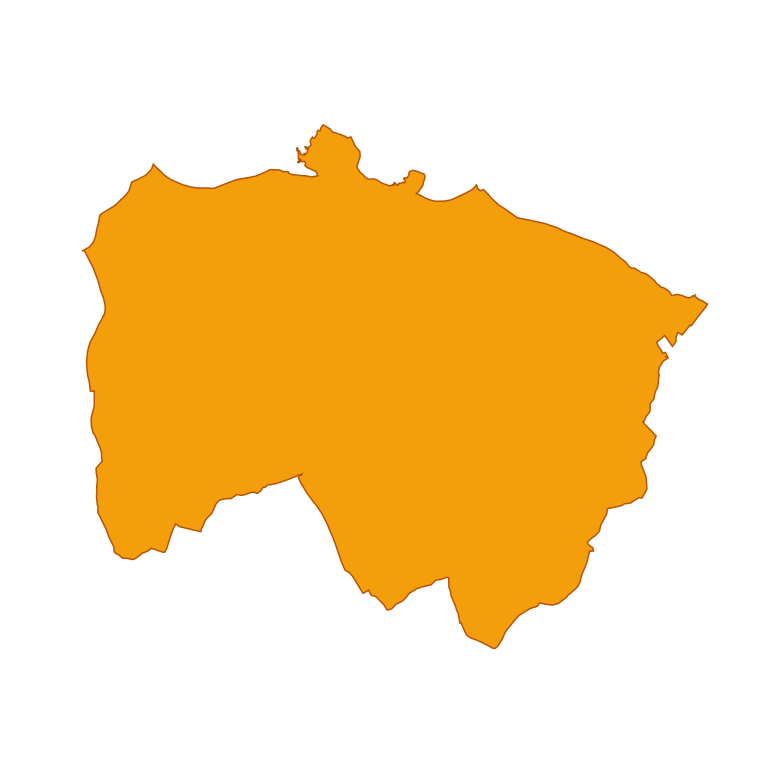 outline of Suatu, Cluj, Romania, rotated 96°
{"feature_id": "2599482B22799076285957", "entity_name": "Suatu", "entity_type": "district", "adm_level": 2, "iso_a3": "ROU", "parent_name": "Romania", "parent_adm1": "Cluj", "projection": "albers", "projection_center": [23.957, 46.756], "detail": "fine", "context": "isolated", "style": "filled", "palette": "amber", "viewbox_px": 768, "rotation_deg": 96, "n_neighbors": 0, "source": "geoboundaries", "source_scale": "gbopen_adm2", "svg_char_len": 6150}
<svg xmlns="http://www.w3.org/2000/svg" viewBox="0 0 768 768"><g transform="rotate(96 384 384)"><path d="M509.0,512.0L505.6,504.4L505.2,502.0L506.0,499.4L505.9,498.5L503.3,495.5L499.5,493.5L499.2,493.1L499.2,491.6L499.0,491.3L496.5,489.2L496.0,486.1L494.4,481.1L489.4,470.1L481.9,456.0L482.6,456.1L484.1,458.3L485.1,459.3L485.8,459.4L487.5,458.6L491.2,456.3L500.7,449.1L509.8,440.7L511.9,438.3L519.6,432.1L529.2,425.8L546.4,416.5L565.0,407.9L573.0,403.4L574.6,400.4L574.6,399.7L578.4,395.2L594.3,383.0L594.3,382.6L590.6,377.8L595.2,374.8L595.6,374.1L596.2,370.1L597.7,367.8L599.4,366.2L603.4,361.2L608.6,357.1L607.4,354.1L606.1,352.3L601.9,349.2L598.8,344.3L597.3,342.4L592.3,338.6L590.0,337.6L584.4,330.3L582.0,325.5L578.7,316.0L574.9,313.0L573.4,311.3L572.6,307.5L569.7,301.5L570.0,299.4L579.3,298.2L582.7,296.5L587.8,295.0L598.1,289.4L601.2,288.2L604.0,286.3L613.7,283.6L613.2,282.6L623.0,277.0L624.9,275.6L626.2,273.8L627.6,271.0L629.1,264.6L631.0,259.1L635.4,248.0L635.3,246.4L634.8,245.2L632.3,243.2L625.9,240.0L619.3,237.9L615.8,236.2L602.8,227.7L599.8,225.2L593.2,216.8L591.1,213.3L589.6,209.4L588.9,208.4L588.3,207.8L585.6,206.6L585.5,206.0L586.1,200.4L586.3,194.1L585.5,191.1L583.7,187.3L577.2,180.3L574.6,178.9L571.8,175.8L565.8,170.5L560.4,168.3L553.2,167.4L541.0,163.7L528.7,162.1L528.8,160.6L528.1,158.2L524.8,159.4L524.5,160.5L522.8,163.2L521.6,164.5L520.1,165.2L515.9,161.7L513.0,158.4L508.8,155.0L507.2,154.3L501.6,153.7L489.8,148.9L485.2,148.9L484.2,147.9L482.6,142.0L480.2,135.3L478.0,132.2L476.5,126.1L473.9,123.3L470.4,118.5L470.5,115.5L460.9,111.5L449.2,113.6L437.1,119.7L434.4,120.1L431.1,116.1L425.2,114.8L418.8,110.8L415.8,109.4L410.6,109.1L407.6,107.9L406.7,108.4L406.2,109.4L402.9,112.9L396.8,120.6L394.5,122.6L394.1,121.5L389.4,120.1L384.0,116.8L381.9,116.6L376.3,117.3L375.0,116.8L370.8,114.1L363.8,113.5L358.8,111.7L353.9,111.2L350.2,111.6L346.3,111.2L345.4,111.5L345.1,112.2L338.9,112.0L331.8,108.5L330.2,106.3L329.5,106.1L328.9,104.4L328.2,104.2L327.7,104.9L327.4,106.1L327.0,105.0L323.1,107.5L324.3,110.2L321.9,111.5L317.4,115.4L314.1,117.1L306.4,109.9L316.5,101.1L311.2,98.1L307.3,98.5L302.0,97.3L304.1,92.6L293.5,85.8L294.0,84.9L293.6,84.2L284.5,78.9L274.2,72.3L270.8,70.6L268.2,75.9L266.2,81.5L265.4,81.9L264.5,84.2L263.1,83.9L264.7,87.1L266.1,88.4L266.5,89.7L265.9,93.7L264.9,96.2L264.3,102.4L265.8,106.1L265.5,107.5L262.7,109.4L261.9,110.8L261.5,111.1L259.1,115.7L258.8,118.8L257.2,120.3L256.2,122.7L253.2,125.5L251.1,128.0L250.4,129.6L247.8,133.3L247.1,135.0L246.0,140.3L242.7,146.6L242.9,149.5L242.6,150.6L241.3,152.7L237.2,156.8L233.4,163.0L229.1,168.8L224.9,177.7L220.7,190.9L218.3,201.7L215.1,212.5L213.2,220.9L210.4,228.2L208.8,236.1L207.8,239.3L205.9,256.0L205.0,266.9L204.5,269.1L196.5,283.4L194.2,288.4L187.2,297.5L185.7,298.8L180.2,305.3L181.3,307.3L181.6,308.6L179.2,312.0L178.0,311.9L176.3,312.9L179.9,315.3L181.9,317.4L184.6,321.1L192.8,334.5L193.9,336.8L195.8,342.9L196.8,350.9L196.8,353.7L195.8,358.8L195.0,361.6L191.6,369.9L191.4,371.7L188.2,369.2L182.1,366.0L179.5,366.0L175.5,364.9L173.6,365.0L172.2,365.3L171.0,366.2L168.7,374.7L168.6,378.1L170.1,380.8L172.0,381.3L173.1,380.9L176.6,382.7L177.0,383.2L176.7,384.9L177.6,386.0L178.2,385.0L180.7,384.1L181.7,384.5L181.3,385.9L182.5,387.7L182.5,389.4L183.6,390.7L184.4,390.5L184.8,391.1L184.9,391.4L184.3,391.5L184.5,392.8L182.9,393.9L182.5,394.6L183.5,395.1L185.3,395.1L185.5,395.6L184.8,396.1L185.8,397.1L185.8,398.2L186.3,398.6L186.4,399.2L184.3,407.5L181.9,412.2L181.4,413.9L181.2,416.4L181.9,419.6L181.8,421.3L180.7,423.6L176.0,429.7L172.0,433.2L170.2,433.6L160.2,431.5L155.3,432.3L150.4,437.5L141.8,442.7L143.2,446.6L142.1,447.6L141.5,449.5L139.2,458.5L138.9,461.3L135.8,464.6L132.6,471.7L135.8,473.5L138.9,474.0L138.6,475.9L139.9,477.0L142.2,476.5L146.3,478.6L147.0,479.4L146.7,480.3L146.0,480.9L147.8,482.1L150.1,482.9L153.4,481.6L154.3,481.7L155.9,483.0L157.1,485.1L156.7,485.6L157.1,485.8L156.2,487.0L156.3,487.4L158.4,486.2L158.4,485.6L157.5,484.3L157.9,484.0L162.4,485.1L163.0,486.0L163.1,487.3L164.3,486.5L164.7,487.9L164.2,489.8L164.2,490.9L160.7,492.6L161.0,494.2L160.0,494.5L158.7,494.1L158.2,494.8L159.3,495.4L160.6,495.1L162.5,493.6L163.9,493.5L164.7,492.9L167.0,493.0L168.9,492.7L169.1,490.9L169.7,490.3L170.2,490.5L170.3,491.9L171.3,491.4L172.0,493.0L172.5,493.0L172.7,491.6L172.2,491.0L171.5,490.9L171.3,490.0L170.7,489.6L171.5,488.4L171.0,486.7L171.1,486.1L172.8,484.9L174.1,485.0L174.7,485.6L176.7,483.2L179.8,473.8L183.9,471.6L185.7,477.9L185.1,483.4L185.4,487.3L185.3,497.3L184.7,500.0L184.2,500.9L183.3,501.0L182.9,501.7L182.9,503.3L183.6,505.3L182.1,510.3L182.6,518.9L183.6,521.2L185.6,524.0L190.6,533.2L193.0,540.6L194.8,547.8L196.8,553.4L206.7,572.7L207.5,575.3L207.5,580.1L208.2,585.7L208.6,591.1L208.1,598.6L207.3,601.4L207.1,604.3L203.7,615.4L201.3,620.9L197.9,626.2L196.7,627.2L192.7,632.8L189.5,636.4L195.0,637.8L200.7,642.3L201.7,643.5L205.9,649.7L209.4,655.9L218.1,657.7L219.5,658.4L222.4,660.0L233.3,669.1L235.3,671.1L243.1,681.4L245.3,683.9L247.3,684.5L253.2,684.7L260.5,685.9L267.1,686.3L273.8,688.0L274.7,688.9L278.6,691.3L282.8,697.4L283.0,696.2L284.0,695.0L299.7,684.9L311.0,679.3L321.2,675.3L329.2,671.4L336.1,669.3L341.2,669.0L345.5,669.9L345.5,670.3L350.2,671.9L354.7,674.0L364.1,676.8L371.9,680.2L377.4,681.5L382.6,682.2L393.5,682.1L405.5,679.9L412.5,677.4L421.8,675.3L421.4,671.3L436.3,669.9L446.2,671.4L450.2,671.6L457.5,670.3L463.7,667.9L463.5,667.1L478.5,659.0L481.8,657.8L487.5,657.0L490.0,656.1L497.8,661.5L502.4,660.9L509.0,659.0L515.6,659.0L522.3,658.1L525.4,658.3L534.1,656.5L535.8,655.7L541.6,655.2L558.3,644.7L564.8,641.7L574.0,635.8L578.8,634.8L580.3,633.6L581.9,629.4L584.2,626.4L584.6,625.5L584.3,621.2L584.8,615.5L584.5,614.5L583.7,613.3L580.5,609.5L577.7,606.9L574.6,601.0L571.6,598.2L572.1,597.4L572.0,595.5L573.0,592.7L574.4,586.1L574.2,584.5L570.3,582.9L556.3,580.1L548.0,577.9L546.4,576.9L545.0,576.7L545.8,574.7L547.2,573.0L550.0,550.6L547.2,550.5L544.6,549.3L538.7,547.7L535.7,545.9L530.9,541.8L520.9,538.5L517.4,536.2L516.0,533.8L515.0,530.4L514.0,526.3L514.3,525.3L514.0,524.3L509.3,518.6L509.7,514.4L509.0,512.0Z" fill="#f59e0b" stroke="#b45309" stroke-width="1.5"/></g></svg>